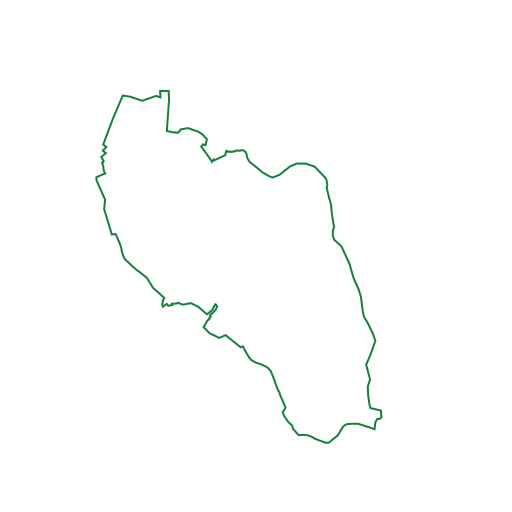 Kaduna North, Kaduna, Nigeria, rotated 319°
{"feature_id": "59680162B72659245241320", "entity_name": "Kaduna North", "entity_type": "district", "adm_level": 2, "iso_a3": "NGA", "parent_name": "Nigeria", "parent_adm1": "Kaduna", "projection": "natural_earth1", "projection_center": [7.443, 10.553], "detail": "fine", "context": "isolated", "style": "outline", "palette": "green", "viewbox_px": 512, "rotation_deg": 319, "n_neighbors": 0, "source": "geoboundaries", "source_scale": "gbopen_adm2", "svg_char_len": 3525}
<svg xmlns="http://www.w3.org/2000/svg" viewBox="0 0 512 512"><g transform="rotate(319 256 256)"><path d="M231.8,464.5L235.0,461.6L237.0,459.8L240.6,458.6L241.9,459.9L244.9,460.1L246.1,458.4L247.6,456.2L248.9,454.6L242.6,445.9L243.9,443.0L249.2,434.8L254.8,427.8L261.1,424.0L267.8,410.4L278.9,404.9L290.4,398.4L293.4,390.9L296.3,380.0L297.9,372.0L300.3,367.8L308.6,355.3L311.6,348.4L314.3,339.5L315.7,335.4L318.9,328.6L321.4,323.3L326.8,304.9L326.2,299.6L325.7,294.9L327.0,291.7L328.8,289.4L330.9,287.1L334.1,285.3L335.4,282.6L337.9,278.7L341.7,272.8L342.4,271.9L344.6,268.9L346.3,266.6L348.3,262.3L348.9,260.9L354.0,251.1L356.6,248.9L359.3,244.4L359.6,241.8L359.1,231.3L358.9,227.0L358.6,226.5L354.2,219.0L347.5,213.0L340.2,210.7L332.1,210.4L326.7,210.1L319.9,207.6L318.3,204.5L315.9,197.6L315.6,195.8L314.3,188.2L312.9,180.6L313.8,176.1L315.5,173.3L316.4,170.9L315.9,168.6L315.8,168.2L315.4,167.7L315.1,167.3L314.8,166.7L313.5,166.2L312.8,166.0L312.3,165.5L311.9,164.7L311.0,164.2L310.7,163.9L310.5,163.6L310.2,163.4L309.8,163.4L309.0,163.4L308.7,163.1L308.6,162.8L308.2,162.7L307.7,162.5L307.3,162.5L307.1,162.2L306.9,162.0L306.4,161.6L305.8,161.4L305.3,160.4L305.1,160.4L304.0,159.5L303.6,159.5L303.4,159.2L302.9,157.3L301.3,157.8L300.9,158.4L299.5,159.3L298.8,159.7L290.0,157.2L287.2,156.4L287.4,155.4L284.5,156.1L285.0,153.5L286.1,142.7L286.5,137.4L287.8,137.4L289.2,137.0L290.6,139.3L292.1,138.2L293.8,136.9L295.6,135.6L295.4,131.7L295.3,128.6L293.7,123.6L291.7,120.4L289.5,116.3L288.5,114.8L282.1,111.0L280.6,111.6L277.7,111.7L276.8,110.0L276.7,109.9L275.5,109.5L270.8,103.3L273.8,100.1L293.4,80.5L298.3,74.1L291.9,68.6L287.9,73.6L285.7,69.7L272.0,64.2L265.5,53.2L260.7,47.5L237.9,58.6L216.3,70.3L213.8,71.7L214.6,75.5L209.5,76.0L210.2,79.9L204.1,79.8L203.4,84.2L202.4,85.0L201.2,84.5L199.1,88.9L197.8,90.5L197.5,91.2L196.7,92.8L196.3,94.8L187.3,91.8L185.3,94.1L179.1,114.4L172.1,121.1L161.3,145.2L164.5,147.3L161.7,156.3L159.5,161.9L158.0,163.9L156.3,167.7L154.9,172.0L156.2,184.3L156.9,189.1L157.5,191.0L159.3,201.0L157.4,212.5L159.3,227.5L156.7,228.5L154.8,230.0L153.7,230.7L153.4,231.2L152.4,233.1L157.2,233.5L157.1,236.0L160.8,238.1L161.3,236.9L164.9,239.8L165.3,239.7L167.0,240.7L167.0,241.5L169.1,244.9L176.0,248.9L179.1,256.5L180.7,267.8L185.1,268.0L188.5,267.9L189.8,267.1L193.5,265.7L194.0,266.6L193.5,268.4L193.4,268.5L191.2,269.8L189.8,270.3L188.4,270.2L187.5,270.3L186.0,270.6L183.4,270.3L182.1,270.8L182.0,271.2L182.3,271.8L179.9,272.2L179.4,273.0L176.8,272.8L175.5,273.4L169.7,275.3L170.0,278.6L170.3,284.0L172.0,287.8L172.6,289.1L174.3,293.5L174.9,293.8L176.2,294.2L179.9,295.4L180.8,295.7L181.2,295.8L181.8,299.6L182.2,302.1L183.2,307.4L183.3,307.8L184.5,314.8L186.8,315.6L186.0,318.9L185.5,321.4L185.1,323.1L184.3,327.7L184.2,331.0L184.2,331.3L185.1,334.3L185.6,335.7L188.5,340.6L191.0,346.2L191.7,349.0L191.6,352.7L190.1,357.1L189.8,358.0L189.1,360.0L188.8,360.7L187.8,363.3L187.3,364.5L186.5,366.5L186.4,366.9L185.3,369.7L185.2,370.0L184.4,372.4L184.4,372.9L184.5,373.3L183.1,376.5L182.7,377.6L179.2,388.7L179.1,389.5L177.8,390.2L173.7,391.4L173.2,392.9L172.7,394.1L172.6,394.4L172.3,395.0L172.1,396.5L172.1,397.0L171.8,399.6L171.7,399.9L171.5,403.3L171.6,403.8L172.1,407.5L170.6,410.5L170.6,417.5L170.8,419.2L172.3,420.4L174.7,422.3L177.5,425.4L179.7,429.6L180.5,432.5L183.8,438.5L186.1,442.7L188.7,444.7L192.6,444.7L196.6,444.9L200.0,445.1L204.8,443.4L209.2,442.0L212.4,442.0L214.5,442.7L218.8,445.9L223.2,449.9L229.6,460.5L231.8,464.5Z" fill="none" stroke="#15803d" stroke-width="2"/></g></svg>